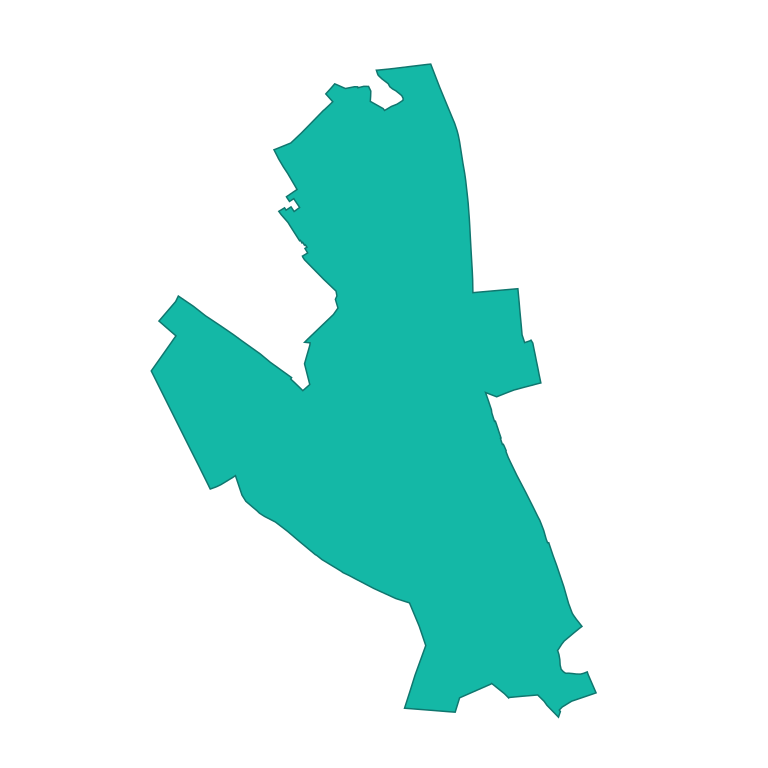 Dobele, Dobele, Latvia (Albers equal-area conic projection), rotated 184°
{"feature_id": "27541924B14429265035734", "entity_name": "Dobele", "entity_type": "district", "adm_level": 2, "iso_a3": "LVA", "parent_name": "Latvia", "parent_adm1": "Dobele", "projection": "albers", "projection_center": [23.281, 56.623], "detail": "fine", "context": "isolated", "style": "filled", "palette": "teal", "viewbox_px": 768, "rotation_deg": 184, "n_neighbors": 0, "source": "geoboundaries", "source_scale": "gbopen_adm2", "svg_char_len": 4321}
<svg xmlns="http://www.w3.org/2000/svg" viewBox="0 0 768 768"><g transform="rotate(184 384 384)"><path d="M597.6,451.7L612.9,431.1L594.9,417.5L597.3,413.6L598.5,411.5L606.9,397.6L617.1,380.8L582.8,322.7L571.8,304.1L562.5,288.5L560.2,284.5L551.8,270.2L551.6,269.8L550.0,267.1L545.0,269.3L543.2,270.2L539.7,272.2L528.3,280.3L525.8,282.2L517.9,263.2L513.6,257.3L505.6,251.4L502.0,248.8L499.3,246.5L494.0,243.6L485.2,239.8L483.8,239.2L483.4,239.1L483.1,238.9L482.5,238.6L470.1,230.4L457.6,221.2L440.5,208.9L439.4,208.5L433.6,204.5L422.7,198.9L413.8,194.3L412.4,193.4L411.8,193.0L407.9,191.5L405.6,190.6L398.9,187.6L385.8,181.9L380.1,179.4L372.4,176.5L357.2,170.8L343.3,167.4L332.0,144.9L324.1,126.0L332.7,95.8L336.4,80.3L340.9,62.0L314.1,61.8L297.5,61.6L290.1,61.6L286.7,76.2L256.1,92.3L255.7,92.8L243.3,84.2L242.3,83.5L237.7,79.5L237.4,80.0L224.6,82.1L209.0,84.5L202.1,78.6L199.1,74.9L186.7,63.8L185.2,69.6L186.4,71.0L183.6,74.3L181.3,75.9L178.0,78.3L174.6,80.7L154.6,89.1L150.9,90.7L160.0,108.2L160.7,109.8L160.8,110.1L161.2,111.0L164.5,109.4L167.7,108.3L172.0,108.1L175.5,108.3L179.7,108.4L182.6,108.1L185.0,109.5L187.4,111.8L188.7,116.0L189.4,121.4L190.6,126.3L192.0,129.8L192.3,130.2L191.4,131.7L188.6,136.8L186.3,140.2L177.3,148.9L172.2,153.7L169.6,156.0L175.7,162.7L178.9,166.6L180.2,168.4L182.1,172.5L183.8,176.3L184.4,177.5L190.5,194.4L199.2,215.3L203.4,224.7L208.6,237.2L209.8,237.1L211.4,240.6L214.5,249.2L217.4,255.4L219.1,258.9L221.2,262.3L226.5,271.4L235.1,285.9L245.2,302.3L252.6,315.2L255.1,319.7L257.6,325.1L257.5,326.1L257.6,326.3L260.0,330.9L260.8,332.2L261.6,331.9L262.9,334.9L264.1,338.0L263.5,338.3L265.0,341.9L266.8,346.2L266.9,346.6L268.5,350.4L268.8,351.2L270.3,354.7L271.1,354.4L272.4,357.5L274.4,362.6L275.1,366.0L275.8,367.6L278.4,373.9L281.3,380.7L282.1,382.6L270.7,379.1L267.8,380.5L265.3,381.7L262.0,383.3L260.9,383.8L259.7,384.4L257.3,385.5L253.6,387.2L251.7,387.8L246.6,389.6L243.4,390.7L239.2,392.1L237.8,392.6L236.1,393.1L233.1,394.2L230.1,395.2L227.6,396.0L230.0,404.5L230.5,406.4L231.4,409.8L232.7,414.5L233.4,416.9L234.8,422.1L235.4,424.3L236.4,427.8L237.3,431.1L238.4,435.2L240.4,438.0L241.5,437.2L246.6,435.1L248.1,438.8L249.7,442.7L251.0,450.9L253.8,467.9L254.8,474.4L257.1,488.4L284.9,484.0L291.2,483.0L301.7,481.3L302.8,493.9L303.0,495.7L303.7,501.8L303.8,502.6L306.9,526.7L309.5,547.7L310.4,554.7L312.6,569.9L313.4,574.6L314.3,579.6L316.7,592.7L317.3,595.6L318.2,599.7L318.8,602.2L320.7,609.9L325.5,630.9L327.3,637.5L328.8,641.9L331.6,648.7L332.5,650.6L332.8,651.1L349.1,683.8L359.7,706.4L363.2,705.8L400.7,698.6L411.9,696.7L412.7,696.6L413.5,696.5L412.0,692.8L411.6,692.1L411.2,691.4L407.3,688.2L400.8,683.9L398.9,680.9L396.0,678.9L392.8,677.4L389.3,675.0L386.4,672.9L384.8,670.2L384.9,668.3L387.6,666.2L390.6,664.0L396.0,661.4L402.5,656.9L404.1,658.7L417.4,665.0L417.4,670.0L417.6,675.3L420.2,679.8L425.0,679.5L430.7,677.7L431.0,678.6L434.1,678.5L443.0,676.1L443.4,676.2L446.8,677.4L450.6,678.8L454.1,680.0L457.4,675.6L458.4,674.3L461.8,670.0L462.3,669.3L459.6,666.7L454.8,662.0L458.0,658.4L462.0,654.1L462.4,653.6L463.4,652.8L472.2,642.4L477.7,635.9L484.3,628.2L492.8,619.0L493.8,617.9L497.3,616.2L498.3,615.7L502.6,613.6L507.9,611.0L510.1,610.0L505.5,602.4L505.1,601.6L499.5,593.5L496.6,589.7L494.9,587.5L484.3,572.0L494.4,564.0L493.8,563.1L491.0,559.5L486.9,562.6L485.6,560.8L481.3,555.3L480.5,554.2L484.6,550.7L485.7,549.8L489.1,554.2L493.8,550.6L495.5,552.8L501.0,548.9L498.4,545.8L491.0,538.4L488.3,534.6L478.2,521.0L477.5,521.5L477.0,520.9L476.6,520.3L476.1,519.6L475.7,519.0L475.4,519.2L475.0,519.6L474.5,518.9L474.0,518.3L473.5,517.6L473.1,517.0L472.8,517.3L472.5,517.5L471.9,517.0L470.9,515.7L470.4,515.1L470.9,514.7L471.3,514.4L471.8,514.1L472.3,513.7L471.6,512.7L470.8,511.6L470.3,510.9L469.8,510.2L469.3,509.4L472.8,506.9L473.3,506.6L473.7,506.2L474.3,505.9L473.9,505.0L473.4,504.3L472.9,503.6L472.0,502.4L451.1,483.9L438.3,473.3L437.1,468.5L438.4,465.1L437.7,463.2L435.8,458.1L435.2,456.6L439.3,449.8L463.1,423.6L466.1,420.1L460.6,419.9L460.6,418.2L461.0,416.0L462.9,407.2L464.7,398.6L458.8,380.7L458.0,378.3L464.5,371.7L468.6,375.2L473.6,379.4L477.4,382.4L476.6,383.9L499.2,397.9L509.3,405.2L530.0,417.9L537.1,422.4L547.6,428.6L560.3,435.9L566.7,439.5L572.0,443.1L579.5,448.2L595.3,457.4L597.6,451.7Z" fill="#14b8a6" stroke="#0f766e" stroke-width="1.5"/></g></svg>